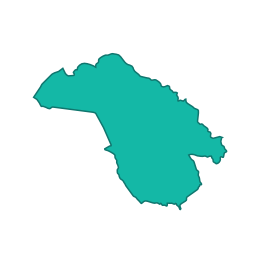 Haut-Ogooué, Natural Earth projection, rotated 301°
{"feature_id": "GAB-2627", "entity_name": "Haut-Ogooué", "entity_type": "Province", "adm_level": 1, "iso_a3": "GAB", "parent_name": "Gabon", "parent_adm1": "", "projection": "natural_earth1", "projection_center": [13.705, -1.23], "detail": "fine", "context": "isolated", "style": "filled", "palette": "teal", "viewbox_px": 256, "rotation_deg": 301, "n_neighbors": 0, "source": "natural_earth", "source_scale": "10m", "svg_char_len": 4287}
<svg xmlns="http://www.w3.org/2000/svg" viewBox="0 0 256 256"><g transform="rotate(301 128 128)"><path d="M145.6,41.4L142.6,46.0L141.9,47.9L141.9,50.0L144.9,54.2L145.3,54.6L145.7,54.5L146.6,54.1L146.9,53.8L147.1,53.2L147.3,52.7L147.8,52.5L150.2,52.8L150.8,53.1L151.3,53.6L151.8,54.4L154.2,53.6L156.8,54.1L159.3,55.4L161.0,57.4L162.1,60.0L162.9,63.0L163.4,66.2L163.5,69.0L164.6,68.3L165.7,67.9L166.8,67.9L168.0,68.5L169.1,68.8L170.1,68.4L171.1,67.8L172.2,67.6L174.1,68.2L176.6,69.5L178.8,71.1L180.2,73.4L182.8,75.4L183.7,76.4L185.2,80.1L185.8,82.4L185.3,84.9L182.7,91.5L182.3,93.4L182.3,95.3L182.8,97.2L183.0,99.5L182.3,101.2L181.1,102.6L180.1,104.5L179.8,106.2L179.4,109.5L178.8,111.2L178.7,112.2L180.6,118.2L181.3,119.9L181.5,120.7L181.5,121.4L181.1,122.7L181.1,123.4L181.6,124.3L181.9,124.6L183.0,125.9L183.5,126.9L183.6,127.5L183.5,129.9L183.3,131.6L183.0,132.3L182.7,133.1L182.2,133.8L181.6,134.3L181.2,134.8L181.0,135.6L181.4,137.1L182.4,138.3L184.7,140.0L185.0,141.6L184.6,142.5L183.7,143.1L183.0,143.9L182.7,144.7L182.6,146.5L181.8,148.7L182.7,149.7L183.4,151.1L183.4,152.2L181.3,152.7L180.9,153.3L180.6,154.2L180.1,155.0L179.5,155.5L178.9,155.9L177.6,156.4L177.0,157.0L177.4,157.6L178.7,158.4L179.5,161.5L180.6,161.9L182.0,162.2L182.5,162.7L180.9,163.8L180.1,164.8L179.7,166.4L179.5,172.5L179.1,174.4L179.1,175.1L179.6,178.4L179.1,179.4L177.3,180.5L177.2,180.6L169.6,184.1L169.1,184.6L168.8,185.2L168.6,185.9L168.6,186.7L168.3,187.4L168.3,187.9L168.7,188.3L169.2,188.8L169.5,189.4L169.5,190.2L169.0,191.7L168.7,195.7L168.3,196.8L167.9,197.3L166.8,197.7L166.4,198.1L166.3,198.9L166.7,200.2L166.7,200.8L165.9,201.9L163.6,202.8L162.7,203.6L162.9,206.2L167.9,211.1L168.4,213.5L168.1,213.3L165.0,214.2L164.3,214.5L163.7,215.0L162.5,216.2L161.9,216.9L161.6,217.6L161.6,219.6L161.2,220.3L160.6,220.9L160.0,221.5L159.6,222.9L159.3,223.9L158.9,224.5L158.3,224.6L157.6,224.2L156.6,223.6L156.0,223.5L155.6,223.6L152.5,224.7L152.0,224.7L151.6,224.2L151.4,222.8L150.8,222.3L150.2,222.3L149.5,222.7L148.4,223.5L147.0,223.8L145.4,223.7L143.9,223.1L142.8,222.0L142.9,221.6L143.0,218.7L143.5,218.0L144.8,217.2L145.7,215.0L146.5,214.4L146.8,213.9L145.9,212.5L145.2,211.9L144.5,211.5L144.0,211.0L143.8,208.9L143.4,208.1L142.2,206.7L141.4,205.3L139.9,201.8L139.3,198.6L138.7,197.0L137.9,195.6L137.0,194.6L136.3,194.0L136.1,193.9L135.9,194.3L134.6,196.7L133.9,198.2L133.7,199.0L133.6,200.6L133.4,201.3L132.8,202.2L127.8,207.8L127.4,208.6L127.2,210.2L126.9,210.9L126.2,211.4L124.7,212.0L123.9,212.4L123.2,213.1L122.3,214.5L121.7,215.1L119.6,216.8L118.9,217.6L118.6,218.3L118.4,219.0L118.1,219.6L117.4,220.1L117.1,220.0L116.5,219.0L116.1,218.9L115.2,219.2L114.8,219.2L113.4,218.9L112.1,219.3L111.0,219.2L99.5,214.2L98.9,214.1L98.1,214.2L96.8,215.0L96.1,215.2L94.8,214.8L90.5,212.6L88.9,212.3L88.0,212.5L86.8,213.9L86.1,214.8L85.2,214.9L85.0,214.4L85.4,213.7L86.1,213.0L86.4,212.4L86.7,211.8L86.8,211.1L86.9,210.5L87.0,209.7L87.4,209.1L87.9,208.4L87.8,207.6L87.5,207.5L87.1,207.5L86.6,206.9L86.4,206.3L86.1,204.3L85.5,203.4L84.2,201.1L83.7,200.4L82.1,201.4L81.1,201.4L80.8,200.0L80.8,199.3L80.5,198.7L79.7,197.7L79.5,197.2L79.6,196.8L79.9,196.2L80.0,195.8L80.3,195.3L80.3,194.9L79.1,194.5L79.0,194.1L79.0,193.7L79.0,193.3L78.9,191.5L78.6,191.1L77.6,189.9L77.2,189.4L76.6,187.8L75.2,182.2L74.4,180.4L73.3,179.5L70.5,178.5L70.2,178.2L70.3,177.7L71.2,174.9L71.7,172.8L72.6,170.5L72.6,169.8L72.4,168.3L72.5,167.5L77.4,155.9L78.5,154.2L78.9,153.5L79.1,152.8L79.7,152.0L80.1,151.1L80.4,150.2L80.5,148.0L80.7,147.3L81.3,146.3L81.9,145.5L82.5,145.0L83.1,144.4L83.5,143.6L83.9,142.3L84.6,141.6L86.5,140.4L87.0,140.3L87.4,140.3L87.9,140.4L88.5,140.4L89.1,140.2L89.7,139.7L90.4,139.0L91.0,138.3L91.9,136.9L92.4,136.3L93.0,135.8L94.2,135.3L94.6,134.8L95.7,132.5L96.4,131.8L97.1,131.4L97.7,131.1L98.2,130.2L98.5,128.7L98.5,125.5L98.3,122.7L97.6,119.8L97.6,119.3L98.2,118.8L103.0,121.5L104.1,122.6L104.6,122.4L105.0,122.0L115.7,106.9L123.9,92.9L124.0,91.7L123.5,89.9L107.2,52.6L106.5,52.0L105.9,51.7L105.2,51.5L104.6,51.2L104.1,50.7L103.8,49.7L103.6,48.9L103.5,47.3L102.9,44.2L102.5,43.5L102.1,43.0L101.9,42.5L102.3,41.6L103.9,39.0L105.6,35.2L105.7,31.3L118.1,31.9L120.6,31.7L121.6,31.8L134.8,35.1L136.1,35.8L137.5,36.7L140.7,39.4L145.6,41.4L145.6,41.4Z" fill="#14b8a6" stroke="#0f766e" stroke-width="1.5"/></g></svg>